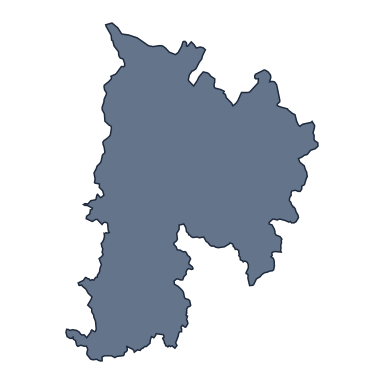 Bac Quang, Hà Giang, Vietnam
{"feature_id": "81297802B46816941364430", "entity_name": "Bac Quang", "entity_type": "district", "adm_level": 2, "iso_a3": "VNM", "parent_name": "Vietnam", "parent_adm1": "Hà Giang", "projection": "robinson", "projection_center": [104.909, 22.394], "detail": "fine", "context": "isolated", "style": "filled", "palette": "slate", "viewbox_px": 384, "rotation_deg": 0, "n_neighbors": 0, "source": "geoboundaries", "source_scale": "gbopen_adm2", "svg_char_len": 5938}
<svg xmlns="http://www.w3.org/2000/svg" viewBox="0 0 384 384"><path d="M312.1,121.4L311.1,122.4L302.7,124.2L299.9,126.3L298.2,124.7L296.6,121.1L295.0,114.7L292.4,113.4L288.1,110.0L287.6,108.9L280.6,107.0L277.2,105.6L277.2,104.2L279.7,101.9L279.8,100.3L276.7,85.0L275.0,82.3L274.0,81.7L272.0,81.4L269.6,81.8L270.8,77.5L270.5,75.1L268.3,72.1L265.4,70.2L264.1,70.0L255.5,74.3L254.7,75.9L254.8,77.9L255.6,78.8L258.4,78.8L258.1,82.9L249.6,92.1L247.9,92.5L241.5,92.5L237.8,100.8L235.8,103.5L232.9,105.8L231.7,103.3L226.3,97.7L225.3,94.4L223.3,93.2L224.2,91.3L220.9,89.6L215.2,88.1L214.4,87.4L214.0,84.3L214.6,82.8L214.8,78.9L210.9,76.3L208.7,73.6L207.1,72.8L203.2,71.9L199.0,76.9L197.1,80.8L193.6,86.0L188.7,80.9L188.3,79.5L189.5,74.5L192.2,70.9L193.1,70.8L195.9,68.8L199.1,62.5L201.7,59.0L202.5,55.8L205.4,49.7L203.2,47.8L200.2,47.0L196.3,48.0L194.0,44.6L191.3,41.9L187.7,46.1L186.9,46.3L186.4,45.9L186.6,43.5L186.3,42.6L185.0,41.4L183.7,41.4L183.0,41.8L181.5,46.6L178.2,52.5L175.5,54.6L169.3,52.2L165.5,48.1L163.1,46.3L161.7,45.7L159.0,45.7L153.2,46.6L148.6,45.8L137.3,37.9L128.7,35.0L122.4,34.1L121.3,33.4L117.8,27.9L112.0,23.0L105.7,24.8L106.2,26.5L111.1,35.1L111.6,40.1L112.8,40.9L114.0,45.9L118.5,51.7L118.7,54.9L119.4,56.9L120.4,58.1L123.1,59.0L124.6,63.3L124.6,66.1L123.5,66.7L121.4,66.5L116.4,73.4L115.4,74.3L110.9,76.3L111.4,77.6L111.3,79.0L108.8,81.6L104.3,85.2L104.0,86.7L104.6,90.0L106.4,92.7L106.4,94.3L104.2,99.0L103.8,102.4L102.1,107.3L102.2,109.8L104.4,113.8L104.9,121.2L109.0,125.1L110.5,125.7L111.3,126.8L111.4,128.5L110.2,135.4L107.9,137.8L103.8,140.8L102.9,142.1L103.1,144.4L104.1,147.0L104.9,152.1L104.7,152.9L102.5,154.9L101.1,161.3L100.3,162.9L97.0,166.2L96.4,168.4L94.0,173.0L95.1,179.0L94.5,182.6L95.2,183.2L99.4,183.9L99.3,187.4L102.7,190.8L103.9,195.1L101.1,197.5L100.4,197.6L97.6,194.3L96.9,195.0L96.0,199.1L95.4,199.8L90.8,200.7L87.9,204.0L85.0,203.6L83.5,204.6L85.0,205.4L87.4,205.5L92.4,208.1L92.1,209.2L90.4,209.9L89.8,213.9L86.6,216.3L86.2,218.7L92.4,221.5L95.7,219.4L97.3,219.5L102.0,224.5L103.3,222.9L104.6,222.2L106.9,222.7L107.6,223.6L108.3,230.9L109.3,232.5L107.9,233.1L106.1,232.7L104.8,233.5L104.1,233.3L104.5,236.1L103.8,239.5L102.3,242.4L101.2,243.4L101.9,246.7L102.8,248.8L102.1,252.4L103.2,254.4L101.6,256.7L99.1,258.6L101.4,264.8L100.1,268.0L99.4,272.2L97.4,275.4L97.2,277.3L95.6,277.4L93.8,280.2L92.2,279.6L90.7,280.3L90.2,280.3L88.9,278.8L87.4,278.6L86.4,277.6L85.4,277.5L83.4,280.4L78.2,282.9L78.9,285.2L79.9,285.5L81.7,285.0L82.4,286.2L85.9,289.1L88.4,293.5L91.9,296.8L91.1,299.4L87.7,305.1L91.7,308.8L91.7,311.9L93.7,315.2L93.8,317.0L95.5,321.2L96.2,328.9L95.9,330.3L95.3,331.4L94.5,331.7L91.8,329.9L91.1,330.7L90.8,332.2L86.7,337.7L84.3,334.9L81.8,334.9L80.9,334.4L79.1,332.0L76.6,330.4L72.5,329.7L69.9,330.4L68.5,329.5L66.6,329.3L66.0,332.4L67.1,336.6L70.2,338.4L71.6,338.4L73.0,337.2L73.2,339.0L75.5,340.6L76.7,345.2L77.8,346.3L81.0,345.2L83.9,346.2L86.4,346.2L87.8,349.3L86.9,352.6L86.9,354.4L90.6,359.1L92.9,359.8L96.7,359.3L98.8,360.5L100.7,361.0L102.2,360.8L102.0,357.0L104.5,355.8L111.5,355.8L114.9,357.6L116.9,356.4L123.4,355.6L124.0,354.9L124.5,352.6L126.3,351.6L127.2,350.4L127.2,347.3L126.2,346.1L132.8,349.4L133.8,350.5L134.3,352.2L137.4,349.9L140.2,350.4L141.5,348.6L142.8,348.3L144.5,346.6L146.4,346.5L150.0,343.2L150.4,339.6L151.5,336.6L153.8,337.8L155.6,335.5L156.2,333.7L163.2,334.7L163.9,335.8L163.9,337.6L162.7,338.1L162.7,338.6L164.2,341.2L164.4,343.0L165.3,344.2L165.7,345.8L166.5,345.9L167.9,346.9L169.1,345.6L170.3,346.6L172.0,345.8L174.9,348.2L177.0,345.5L175.6,342.9L178.3,335.9L178.6,333.6L179.5,331.9L181.6,331.7L181.6,328.8L181.0,328.0L181.1,327.2L182.4,325.3L185.1,327.2L185.8,327.1L187.9,323.6L187.4,321.0L186.5,319.8L187.5,316.1L186.1,315.6L186.2,314.1L186.9,313.0L186.3,312.2L186.8,310.9L186.6,309.0L188.1,306.8L189.8,306.4L190.7,305.2L189.6,300.6L188.4,299.5L185.3,298.6L184.5,297.6L183.4,292.2L181.7,289.8L178.0,286.3L174.5,284.3L174.0,281.1L176.5,279.0L178.0,279.0L180.6,280.0L182.7,279.9L183.9,276.7L186.2,274.3L186.1,271.9L187.0,269.8L188.6,268.5L191.6,269.5L192.7,269.2L193.0,268.4L192.2,266.7L189.0,264.1L188.8,262.8L190.6,258.8L189.5,256.8L187.7,255.5L186.1,252.3L184.9,251.6L183.0,251.8L180.1,250.1L177.3,249.9L176.1,246.8L173.8,244.3L173.9,243.0L176.5,240.9L177.4,239.3L176.7,233.4L179.1,229.4L179.1,225.1L183.8,224.0L185.8,227.6L186.5,231.7L188.2,233.1L188.7,234.8L189.8,235.0L190.9,236.5L192.9,237.5L197.2,237.0L199.5,237.8L203.7,237.0L206.2,241.5L208.3,242.9L209.6,244.9L211.4,246.1L213.8,246.1L215.8,247.2L218.2,247.7L224.4,246.8L229.1,244.0L230.1,242.9L232.7,244.1L233.2,245.1L233.1,246.2L234.5,247.5L235.3,249.4L237.3,249.4L238.7,250.7L238.8,252.8L239.3,253.7L238.8,255.6L240.1,257.2L240.3,259.8L242.6,260.9L243.2,261.9L243.9,261.3L245.6,261.3L247.3,262.4L248.3,264.8L248.3,268.0L246.0,272.9L246.1,273.6L247.2,273.9L248.1,274.9L247.9,278.1L249.6,285.6L252.9,285.3L253.9,284.2L256.4,278.9L260.0,276.8L261.8,274.6L264.5,272.7L266.9,272.3L270.3,270.9L272.1,270.9L273.6,269.9L274.4,265.9L274.1,260.7L273.2,258.3L271.0,256.8L272.2,255.4L271.8,253.1L272.2,252.4L274.7,251.5L281.2,252.1L280.6,250.6L281.0,247.8L280.7,245.1L281.5,242.9L281.3,240.2L281.9,239.1L280.1,236.7L276.0,235.0L274.9,233.1L275.0,231.6L274.2,228.9L271.9,224.8L269.2,224.1L269.1,222.5L272.7,219.2L273.8,219.1L277.2,220.0L279.6,219.0L285.5,220.6L288.8,222.1L290.2,221.5L291.6,222.9L294.3,222.8L296.1,221.6L298.5,217.6L298.0,215.2L296.0,211.7L295.3,209.2L294.2,207.3L293.2,207.3L292.8,206.0L291.5,204.7L290.9,202.5L289.4,200.7L289.3,199.9L289.9,196.9L291.2,195.4L291.0,193.2L291.5,191.4L292.2,190.8L295.6,190.3L298.2,191.4L300.2,191.4L301.7,189.2L301.8,186.1L304.4,184.7L306.4,178.1L307.3,176.8L306.6,171.9L305.3,169.6L304.3,165.9L299.9,162.3L298.4,158.6L301.5,157.3L304.4,155.2L307.2,154.5L310.6,150.3L315.3,148.7L318.0,146.2L317.8,142.8L314.8,140.7L314.0,139.4L314.1,135.3L313.0,132.8L314.4,128.0L314.6,125.6L312.1,121.4Z" fill="#64748b" stroke="#1e293b" stroke-width="1.5"/></svg>